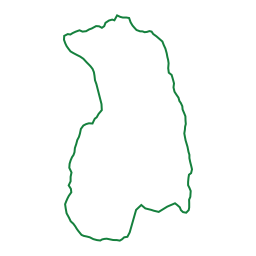 the district of Santa Bárbara, Bahia, Brazil
{"feature_id": "56859067B70758123522346", "entity_name": "Santa Bárbara", "entity_type": "district", "adm_level": 2, "iso_a3": "BRA", "parent_name": "Brazil", "parent_adm1": "Bahia", "projection": "natural_earth1", "projection_center": [-38.986, -11.933], "detail": "fine", "context": "isolated", "style": "outline", "palette": "green", "viewbox_px": 256, "rotation_deg": 0, "n_neighbors": 0, "source": "geoboundaries", "source_scale": "gbopen_adm2", "svg_char_len": 2105}
<svg xmlns="http://www.w3.org/2000/svg" viewBox="0 0 256 256"><path d="M186.2,212.7L188.7,210.1L189.2,207.5L189.2,203.2L189.1,199.7L190.3,196.9L190.7,191.0L189.4,187.8L188.1,185.2L188.1,181.9L188.5,177.7L189.0,174.7L191.1,173.1L192.0,169.3L191.2,165.9L190.2,162.0L189.4,158.1L189.4,154.8L188.5,151.9L187.5,146.8L186.5,143.4L185.6,140.4L184.9,136.8L184.3,133.4L184.9,129.7L185.1,126.7L185.8,124.0L185.5,120.2L185.4,116.3L184.3,113.5L182.6,109.5L182.3,106.2L180.8,103.0L179.4,101.0L178.5,97.7L176.3,94.5L174.5,91.7L173.5,87.4L174.0,83.4L173.1,80.0L172.4,77.5L171.6,74.9L168.8,72.7L168.2,68.2L168.6,63.3L168.1,59.8L167.4,57.1L166.7,53.3L165.4,48.6L163.7,44.9L162.4,41.5L159.3,38.8L156.4,36.3L153.2,34.0L151.6,31.6L149.4,31.1L147.0,31.9L144.6,32.2L142.6,31.4L140.0,31.3L136.5,30.0L134.2,27.5L132.5,25.5L130.6,22.3L129.1,18.0L126.2,17.5L122.7,17.5L120.3,16.9L117.1,15.4L114.4,20.3L112.2,19.6L109.0,20.5L105.5,22.8L104.2,26.2L101.9,27.8L99.1,26.3L96.1,26.1L93.7,27.4L91.7,28.5L89.2,29.4L86.1,31.2L82.5,31.6L79.5,30.3L75.6,31.7L72.6,33.1L70.4,34.5L67.7,34.1L64.2,35.9L64.0,39.8L65.3,43.4L66.7,46.3L68.5,48.8L70.5,51.4L73.4,53.1L77.0,55.0L80.2,56.6L83.4,58.8L86.7,62.4L89.0,64.7L90.7,66.5L92.6,69.0L93.9,72.2L94.5,75.8L95.0,80.2L96.4,84.1L101.5,104.1L101.8,110.1L98.6,113.9L96.7,117.3L94.8,118.7L93.7,120.9L92.5,123.5L88.9,123.3L86.1,124.1L83.4,125.5L80.9,128.9L79.9,133.7L78.9,137.0L77.3,140.0L76.2,144.2L74.9,148.0L74.5,152.2L73.5,155.0L72.0,157.2L70.7,160.2L69.6,163.8L69.3,167.8L71.5,172.5L70.6,176.8L70.6,181.3L68.7,185.4L70.9,188.9L71.3,192.3L68.8,195.9L67.5,198.4L66.3,201.1L65.1,204.2L65.7,208.4L66.6,213.3L69.1,217.9L70.7,221.3L73.4,223.8L75.3,226.4L76.6,228.6L78.1,230.7L79.8,232.8L81.5,234.9L83.8,235.9L86.7,236.5L89.8,237.3L93.3,239.1L97.0,240.1L100.3,240.5L102.2,239.4L104.5,238.9L106.7,238.7L109.2,239.2L113.1,240.0L116.9,240.1L119.8,240.6L121.9,239.4L124.2,237.3L127.4,236.8L129.7,232.4L136.1,209.9L141.3,205.0L145.3,208.4L151.3,209.9L153.7,210.7L158.7,211.9L167.3,206.6L175.0,203.3L177.2,205.0L179.8,207.3L180.9,210.1L183.0,212.1L186.2,212.7Z" fill="none" stroke="#15803d" stroke-width="2"/></svg>